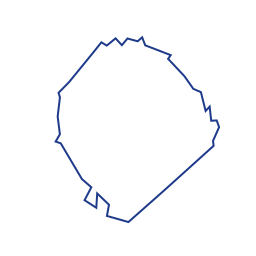 Jackson, Tennessee, United States of America, rotated 221°
{"feature_id": "52423323B54776950346262", "entity_name": "Jackson", "entity_type": "district", "adm_level": 2, "iso_a3": "USA", "parent_name": "United States of America", "parent_adm1": "Tennessee", "projection": "orthographic", "projection_center": [-85.661, 36.368], "detail": "fine", "context": "isolated", "style": "outline", "palette": "blue", "viewbox_px": 256, "rotation_deg": 221, "n_neighbors": 0, "source": "geoboundaries", "source_scale": "gbopen_adm2", "svg_char_len": 596}
<svg xmlns="http://www.w3.org/2000/svg" viewBox="0 0 256 256"><g transform="rotate(221 128 128)"><path d="M59.8,104.3L51.7,170.7L55.4,174.1L59.8,188.4L66.0,191.9L70.0,188.1L80.4,197.7L80.6,191.8L96.5,202.9L104.4,200.4L119.3,204.1L143.1,206.5L143.6,211.0L169.2,201.7L176.8,205.7L177.6,199.8L187.1,195.2L187.0,186.5L196.2,187.5L198.1,176.3L204.3,175.2L203.8,163.2L202.6,124.1L203.5,109.0L199.5,106.5L188.6,90.5L175.3,78.6L173.7,70.3L168.7,72.3L129.2,59.2L116.8,59.2L113.4,45.0L99.6,47.0L108.3,58.4L92.0,57.6L86.2,47.8L66.0,57.3L59.8,104.3Z" fill="none" stroke="#1e3a8a" stroke-width="2"/></g></svg>